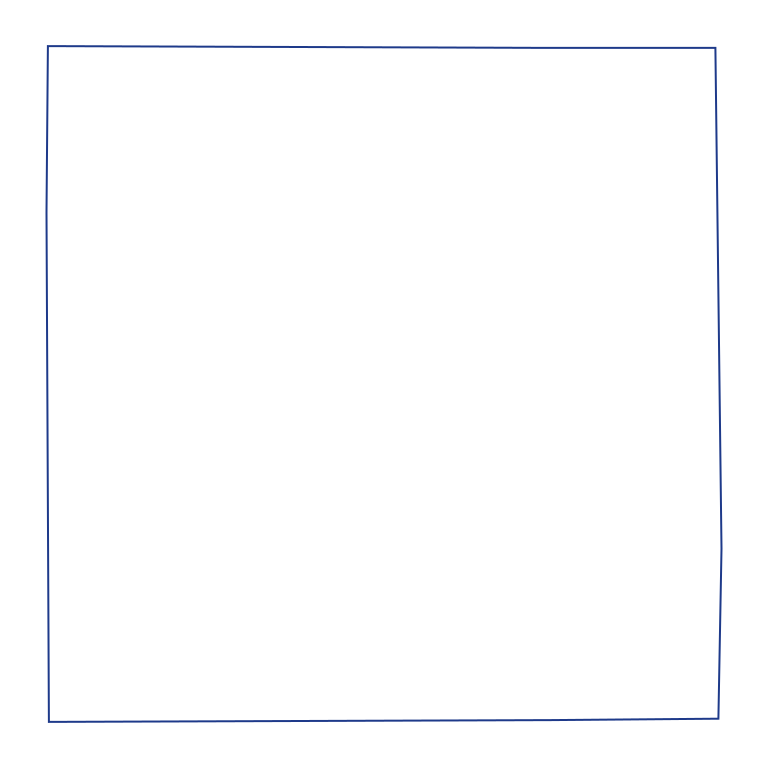 the district of Iowa, Iowa, United States of America
{"feature_id": "52423323B47307487801934", "entity_name": "Iowa", "entity_type": "district", "adm_level": 2, "iso_a3": "USA", "parent_name": "United States of America", "parent_adm1": "Iowa", "projection": "mercator", "projection_center": [-92.064, 41.686], "detail": "fine", "context": "isolated", "style": "outline", "palette": "blue", "viewbox_px": 768, "rotation_deg": 0, "n_neighbors": 0, "source": "geoboundaries", "source_scale": "gbopen_adm2", "svg_char_len": 228}
<svg xmlns="http://www.w3.org/2000/svg" viewBox="0 0 768 768"><path d="M48.9,721.9L551.4,720.1L718.4,718.7L721.5,548.7L715.4,47.9L549.0,47.9L47.9,46.1L46.5,212.4L48.9,721.9Z" fill="none" stroke="#1e3a8a" stroke-width="2"/></svg>